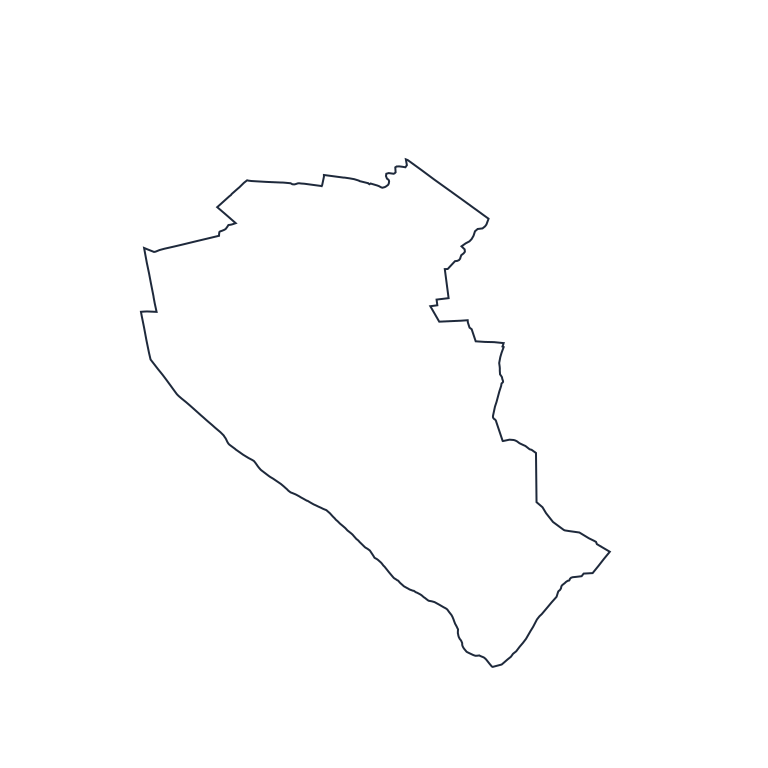 outline of Piscolt, Satu Mare, Romania, rotated 204°
{"feature_id": "2599482B22102589604948", "entity_name": "Piscolt", "entity_type": "district", "adm_level": 2, "iso_a3": "ROU", "parent_name": "Romania", "parent_adm1": "Satu Mare", "projection": "equal_earth", "projection_center": [22.262, 47.586], "detail": "fine", "context": "isolated", "style": "outline", "palette": "slate", "viewbox_px": 768, "rotation_deg": 204, "n_neighbors": 0, "source": "geoboundaries", "source_scale": "gbopen_adm2", "svg_char_len": 6142}
<svg xmlns="http://www.w3.org/2000/svg" viewBox="0 0 768 768"><g transform="rotate(204 384 384)"><path d="M608.3,477.7L596.2,474.1L584.9,470.6L587.4,468.3L588.1,467.7L589.7,466.6L590.6,466.1L590.8,465.9L591.1,463.8L591.7,461.2L592.6,459.9L594.3,458.1L595.6,456.9L596.0,456.4L596.2,455.9L596.1,455.4L595.9,454.8L595.6,453.8L595.0,452.3L604.4,445.1L613.3,438.3L625.1,429.2L631.0,424.7L639.7,418.2L643.5,415.1L646.5,412.0L647.8,411.1L655.0,410.8L658.5,410.7L653.3,403.1L649.8,398.0L648.7,396.5L643.5,389.3L638.1,381.5L630.2,370.3L629.8,369.6L626.3,364.5L621.1,357.4L630.0,353.9L632.2,352.8L635.4,351.1L633.0,347.6L626.1,337.9L618.8,327.3L611.3,316.8L607.2,311.4L596.4,305.6L590.1,302.4L587.4,300.9L584.7,299.4L580.0,296.7L578.4,295.8L576.0,294.4L574.1,293.3L569.2,290.5L567.5,289.8L566.0,289.3L564.3,288.8L563.0,288.4L557.4,286.9L552.1,285.3L538.7,281.0L535.4,280.0L532.0,278.9L529.4,278.1L524.3,276.6L520.6,275.4L516.8,274.3L514.0,273.5L509.3,271.7L508.9,271.3L506.7,270.0L505.9,269.4L503.7,267.5L502.6,266.7L501.6,266.1L500.6,265.7L495.7,264.6L493.4,264.1L493.1,263.9L484.4,262.2L484.0,262.1L477.8,261.3L473.3,261.0L471.4,260.7L469.1,259.5L465.8,257.5L464.1,256.6L461.7,255.5L460.6,255.2L455.1,253.9L451.7,253.1L450.1,252.8L446.7,252.4L445.1,252.1L441.2,251.4L439.0,251.0L437.4,250.7L435.3,250.1L433.6,249.6L431.5,248.9L430.1,248.5L427.9,247.6L425.2,247.0L423.5,247.1L419.9,247.2L418.3,247.1L415.8,246.9L413.6,246.6L411.0,246.4L407.0,246.0L406.6,246.1L406.4,246.2L403.3,245.8L399.3,245.4L397.0,245.4L394.2,245.3L390.9,245.3L389.4,245.2L388.2,245.2L385.7,245.3L385.2,245.3L384.7,245.1L380.8,243.9L377.0,242.2L374.1,241.1L373.2,240.6L372.4,240.3L370.6,239.8L370.1,239.6L368.8,239.1L367.6,238.6L364.0,237.6L360.7,236.6L357.7,235.3L356.8,235.1L353.3,234.2L352.3,233.9L351.4,233.6L348.9,232.4L348.2,232.1L346.7,231.4L346.3,231.2L344.6,230.8L344.0,230.6L343.2,230.3L342.2,229.8L340.0,229.0L335.2,227.2L334.5,227.0L333.4,226.9L331.8,226.7L330.5,226.4L329.4,226.2L328.8,225.9L323.8,222.7L322.0,221.4L321.1,221.3L319.5,221.2L318.6,221.0L317.7,220.8L316.8,220.5L314.6,219.8L313.7,219.5L311.8,218.5L310.8,217.9L309.9,217.6L308.9,217.2L307.2,216.3L306.6,216.0L303.0,214.1L298.5,211.9L296.6,211.0L295.8,210.7L295.0,210.6L293.5,210.4L292.1,210.1L291.0,210.1L289.6,209.4L288.2,208.8L286.3,208.2L285.0,207.8L284.2,207.5L283.5,207.3L280.2,207.0L278.6,206.9L278.1,206.8L276.9,206.7L275.5,206.8L273.6,206.9L272.6,207.2L271.7,207.0L270.1,206.7L269.0,206.8L266.1,206.6L265.0,206.5L263.8,206.3L263.1,206.1L261.9,205.7L260.4,205.3L259.5,205.2L258.4,204.9L256.4,204.4L255.4,204.2L254.8,204.2L252.0,204.9L249.3,205.3L248.9,205.3L244.1,204.9L238.6,204.3L236.8,204.2L235.3,204.0L234.2,203.6L232.0,202.3L228.4,200.4L226.6,199.0L226.0,198.4L224.5,197.0L224.0,196.4L223.7,196.1L221.7,194.1L221.0,193.5L220.0,192.8L219.4,192.3L218.5,191.6L217.4,190.6L217.1,190.4L216.6,190.0L216.4,189.6L216.1,188.6L215.6,187.4L215.3,186.7L215.0,186.1L214.6,185.7L213.8,184.5L212.9,183.4L211.8,182.5L211.2,182.0L210.6,181.7L210.0,181.4L209.3,181.0L208.8,180.6L207.3,179.2L207.1,178.9L206.6,177.8L206.0,176.9L204.9,175.9L203.5,174.9L202.1,174.2L199.7,173.0L199.0,172.9L196.6,172.8L192.3,172.7L190.8,172.8L189.7,173.0L188.5,173.6L186.5,174.8L185.9,174.7L184.6,174.7L182.2,174.8L181.0,174.7L178.9,174.0L177.7,173.4L173.7,171.3L170.6,169.8L169.6,169.8L162.4,175.6L161.1,178.3L159.2,182.4L157.1,186.5L156.4,190.0L154.5,193.6L153.2,199.2L151.8,203.9L150.6,209.0L149.6,218.6L149.5,219.1L149.0,222.9L148.5,231.1L147.5,235.1L146.3,237.9L143.7,246.9L142.1,252.6L139.8,259.8L140.4,264.9L140.3,265.8L139.5,267.3L139.2,269.2L139.6,271.0L139.6,272.0L139.3,272.9L138.9,273.7L137.8,275.8L137.3,277.1L136.4,278.5L136.1,279.0L135.4,279.4L135.0,279.7L134.8,280.5L134.9,281.2L134.8,281.9L134.6,282.4L134.3,283.1L133.1,284.2L130.3,285.8L128.1,287.1L126.1,288.3L125.3,288.8L124.5,292.0L116.5,296.1L114.1,305.0L112.0,313.5L109.5,322.6L124.4,324.3L126.1,326.0L128.6,326.2L134.1,326.4L145.1,327.8L155.2,324.9L159.3,323.8L160.4,323.8L173.5,326.7L183.4,331.9L189.1,335.9L196.6,338.1L217.1,382.8L222.4,383.9L224.4,383.6L229.6,384.9L232.1,384.9L236.1,385.0L239.2,385.7L241.0,385.8L242.7,385.6L246.7,384.2L252.2,380.2L252.4,380.2L265.7,394.7L266.4,395.5L266.5,395.7L267.3,396.3L268.0,396.7L269.1,396.8L270.5,397.5L271.0,398.1L271.4,399.0L271.7,400.3L273.4,408.4L273.9,413.3L275.6,424.1L276.2,429.9L276.8,432.1L276.8,432.4L276.3,433.4L276.2,433.8L276.1,434.3L276.3,434.8L276.7,435.4L277.9,436.6L279.0,438.2L280.5,439.2L281.9,440.0L283.6,443.2L284.6,445.5L285.5,447.1L287.3,450.0L288.7,455.9L289.3,460.4L289.7,466.4L291.0,466.4L291.2,469.1L291.4,469.9L291.4,470.0L300.5,467.0L308.9,463.5L317.6,460.3L326.2,469.7L328.8,470.3L332.4,474.3L333.5,476.3L339.3,473.2L358.9,463.4L373.3,473.9L367.3,477.6L370.3,482.5L359.9,488.7L375.2,513.7L372.7,514.9L372.3,515.6L372.1,516.4L369.1,525.1L367.1,526.3L365.9,527.7L365.4,529.5L365.6,530.4L365.8,533.1L364.4,535.7L363.9,537.7L364.5,538.8L365.1,539.8L369.2,541.3L366.6,545.7L364.0,549.0L362.9,552.0L362.5,555.9L363.0,560.5L361.5,563.7L357.3,566.2L355.8,569.1L355.3,571.3L355.7,577.5L390.2,584.8L402.2,587.3L421.2,591.2L436.8,594.7L453.4,598.2L455.4,598.1L452.1,593.2L452.6,590.7L455.3,590.0L458.3,589.1L460.9,587.9L461.8,586.5L459.5,582.1L460.0,580.8L460.7,580.0L465.5,578.6L467.4,577.0L466.8,574.8L465.9,573.9L464.8,572.8L464.1,572.7L463.6,572.6L462.6,572.2L462.3,571.9L461.7,571.1L461.5,570.2L461.2,569.3L461.2,569.0L461.2,567.8L461.5,567.1L462.6,565.2L463.1,564.5L463.6,564.0L464.5,563.3L465.2,562.7L466.4,562.5L467.9,562.6L469.0,562.7L470.9,562.6L477.8,561.7L478.5,560.6L479.9,560.8L480.1,561.0L489.0,559.4L489.3,559.5L489.6,559.6L494.5,559.0L499.0,557.9L504.0,556.5L504.9,556.1L523.9,550.5L523.2,549.0L522.7,546.7L521.4,540.6L521.4,539.4L522.1,539.3L538.4,534.5L541.1,533.5L542.8,533.0L543.5,532.7L544.1,532.4L544.5,532.1L546.0,530.7L546.9,530.0L547.5,529.7L548.1,529.5L548.6,529.3L549.3,529.2L549.9,529.3L551.0,529.4L551.9,529.1L557.8,527.1L560.2,526.1L573.1,521.0L583.7,517.0L587.7,515.5L590.7,514.6L591.9,514.4L593.8,510.8L596.0,505.2L596.2,504.7L596.9,503.3L600.4,495.7L600.7,494.3L601.5,492.9L601.6,492.7L608.3,477.7Z" fill="none" stroke="#1e293b" stroke-width="2"/></g></svg>